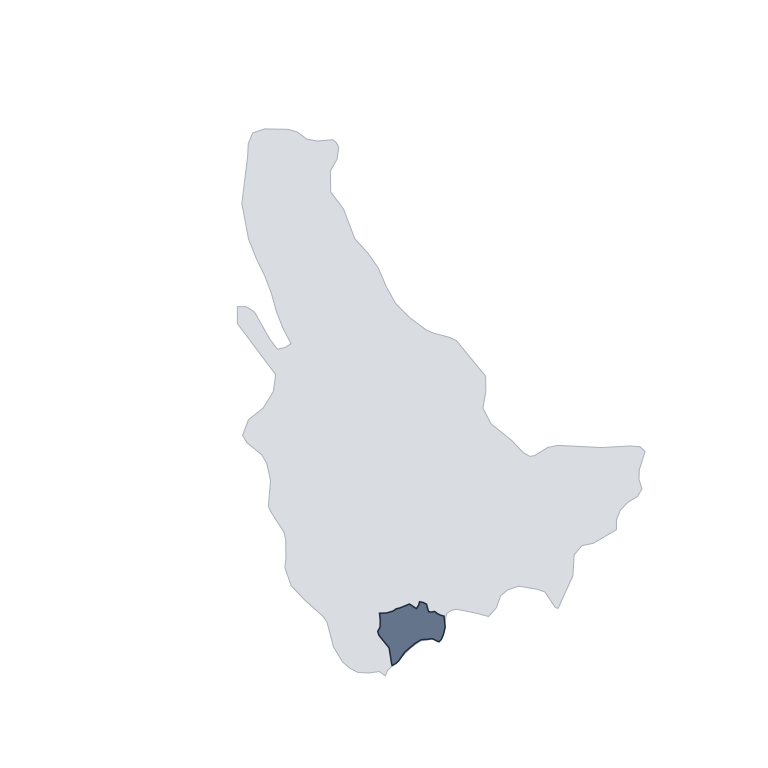 Dajabón highlighted on a map of Dominican Republic, rotated 238°
{"feature_id": "DOM-1966", "entity_name": "Dajabón", "entity_type": "Province", "adm_level": 1, "iso_a3": "DOM", "parent_name": "Dominican Republic", "parent_adm1": "", "projection": "orthographic", "projection_center": [-71.618, 19.433], "detail": "fine", "context": "in_parent", "style": "filled", "palette": "slate", "viewbox_px": 768, "rotation_deg": 238, "n_neighbors": 0, "source": "natural_earth", "source_scale": "10m", "svg_char_len": 2069}
<svg xmlns="http://www.w3.org/2000/svg" viewBox="0 0 768 768"><g transform="rotate(238 384 384)"><path d="M137.3,503.9L138.0,477.1L142.1,466.2L138.3,454.7L121.2,442.5L110.8,426.8L101.5,412.9L103.6,410.8L122.2,410.3L128.7,405.2L141.3,390.9L143.8,379.5L142.7,370.8L134.6,360.5L131.4,349.5L141.5,340.0L154.6,326.1L156.4,320.8L156.1,315.5L140.8,300.9L139.8,294.6L146.9,278.7L146.2,268.2L139.2,235.3L135.8,230.4L142.6,227.7L147.1,217.9L153.0,209.2L160.9,204.5L169.8,201.6L187.6,201.8L212.1,209.4L219.1,209.2L242.7,202.3L262.2,198.4L280.7,202.6L288.2,208.5L303.4,217.8L311.1,220.7L335.1,220.3L341.7,221.2L362.0,236.5L379.0,242.6L388.9,242.8L406.6,236.7L415.3,236.8L425.5,250.0L427.7,269.0L436.3,286.2L449.3,297.1L513.0,291.7L527.3,300.6L522.5,308.2L513.6,312.3L483.3,310.9L470.0,312.0L467.4,319.5L467.5,326.5L485.2,327.9L502.7,331.2L520.4,336.5L538.5,340.1L558.8,342.3L578.9,346.0L612.4,359.1L649.8,389.4L659.8,396.3L666.5,405.9L663.6,417.9L650.7,437.8L643.4,444.2L632.6,448.2L625.2,456.4L618.2,470.2L613.8,471.5L608.6,471.0L599.6,463.4L593.1,451.5L575.1,440.6L553.9,442.4L522.6,436.2L503.7,439.7L484.8,440.6L465.4,437.5L446.0,436.5L426.6,441.0L407.8,448.3L400.9,452.9L388.9,464.2L382.5,468.4L336.7,474.3L323.4,466.2L311.1,455.1L293.4,453.7L267.9,462.5L251.9,465.7L245.3,469.4L243.5,473.6L243.4,489.3L239.9,498.8L214.9,534.7L200.9,560.1L195.1,567.9L188.4,569.6L176.0,555.1L168.2,549.8L158.4,547.2L154.3,539.4L154.5,528.4L151.9,517.8L145.9,509.4L137.3,503.9Z" fill="#d9dde1" stroke="#a8b0b8" stroke-width="1"/><path d="M140.3,301.9L139.7,301.2L137.0,297.3L136.2,294.1L137.2,293.1L141.4,290.7L142.8,289.5L144.8,284.6L145.6,283.6L147.4,279.9L147.5,272.6L145.7,259.9L141.4,249.7L140.7,246.0L140.9,241.7L142.7,242.2L157.5,248.5L173.7,246.5L177.5,247.6L179.9,251.8L185.7,255.7L192.0,258.7L188.5,264.7L186.6,271.5L186.9,275.2L185.7,278.7L183.9,289.0L176.4,292.4L177.9,295.9L180.5,298.8L177.9,301.5L174.7,303.4L171.1,302.2L167.3,301.2L165.4,303.4L164.3,306.4L161.0,307.6L157.9,309.5L155.4,311.9L145.4,307.1L140.3,301.9Z" fill="#64748b" stroke="#1e293b" stroke-width="1.5"/></g></svg>